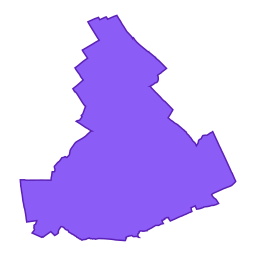 Oltenesti, Vaslui, Romania (Robinson projection)
{"feature_id": "2599482B69847622233243", "entity_name": "Oltenesti", "entity_type": "district", "adm_level": 2, "iso_a3": "ROU", "parent_name": "Romania", "parent_adm1": "Vaslui", "projection": "robinson", "projection_center": [27.897, 46.604], "detail": "fine", "context": "isolated", "style": "filled", "palette": "violet", "viewbox_px": 256, "rotation_deg": 0, "n_neighbors": 0, "source": "geoboundaries", "source_scale": "gbopen_adm2", "svg_char_len": 5704}
<svg xmlns="http://www.w3.org/2000/svg" viewBox="0 0 256 256"><path d="M212.7,131.6L211.6,132.4L210.7,132.9L210.4,132.9L207.4,135.0L206.9,135.2L206.5,135.2L205.0,135.2L204.2,135.4L203.4,135.4L202.8,135.6L202.4,136.2L201.2,138.5L200.9,138.9L199.8,139.3L199.2,139.8L198.7,140.3L198.4,141.2L198.3,142.3L198.0,143.3L196.4,145.8L195.2,143.2L194.5,142.6L193.7,141.7L192.7,140.9L192.1,139.8L191.1,138.4L190.6,137.6L189.7,136.8L189.0,135.7L188.4,135.0L187.0,133.8L186.1,132.0L185.8,131.7L185.0,131.1L184.7,131.0L184.5,130.9L184.4,130.6L184.1,130.2L182.9,129.3L177.5,124.6L174.6,123.0L172.5,121.2L171.1,120.4L168.1,117.8L170.3,114.3L172.9,109.8L172.9,109.7L172.3,109.1L165.1,101.6L163.6,100.6L162.0,99.0L161.1,97.9L159.7,96.3L159.0,95.7L157.7,94.3L155.3,92.0L152.2,88.7L151.0,87.4L150.5,86.4L150.3,86.2L150.2,86.2L152.3,85.0L154.0,83.9L154.5,83.3L155.1,83.0L156.9,82.4L157.1,81.9L157.6,81.5L157.9,80.9L158.2,79.8L158.3,79.1L158.2,77.1L158.0,76.3L157.5,75.4L157.7,75.0L158.5,74.6L159.8,73.6L160.8,73.1L161.4,72.4L166.5,68.4L159.0,60.8L155.6,58.0L155.7,57.8L155.7,57.7L155.6,57.4L155.0,57.1L154.2,56.5L148.6,51.9L148.6,51.7L148.4,51.8L148.2,51.8L147.8,51.6L140.4,45.5L138.2,43.5L136.9,42.3L135.0,40.1L134.3,39.0L133.6,38.0L133.0,37.5L132.5,37.6L132.4,37.8L132.4,38.1L131.8,37.1L131.2,36.2L126.7,31.4L124.2,27.3L123.2,25.8L121.9,23.8L121.1,22.4L120.7,21.5L118.1,17.6L117.7,16.7L117.3,16.3L116.9,15.4L114.0,16.4L107.6,19.2L106.6,17.4L106.2,16.9L104.6,17.5L99.8,19.7L99.2,18.7L98.5,17.4L94.8,18.7L87.9,21.8L88.7,23.3L91.5,28.0L97.0,36.9L99.2,40.2L95.6,42.2L93.1,43.8L82.3,50.1L83.5,52.2L87.6,58.2L85.0,60.0L82.7,61.7L76.8,66.6L75.6,67.4L75.0,67.8L75.4,68.6L76.4,70.2L79.1,73.9L79.7,74.7L80.1,75.4L80.5,76.4L81.1,77.3L83.2,80.0L76.5,85.9L72.9,88.7L74.7,91.8L75.0,91.8L75.3,91.9L76.1,92.7L77.3,94.3L81.0,100.2L81.8,101.5L83.4,103.9L83.9,104.7L84.5,105.3L85.0,106.0L85.4,106.1L85.6,106.5L84.8,108.3L84.0,110.7L83.2,112.8L82.9,113.7L82.6,114.2L82.1,114.6L81.8,115.0L81.2,115.7L81.3,115.9L82.0,116.6L81.7,117.1L81.4,117.8L80.8,118.7L80.2,119.2L80.0,119.8L79.8,120.1L79.3,120.3L78.1,120.5L77.1,120.7L76.2,121.3L79.8,123.5L85.5,127.4L88.5,129.0L88.8,129.4L90.1,130.1L90.9,130.8L91.7,131.1L90.7,131.3L89.6,132.4L87.2,134.5L86.4,135.4L85.3,136.4L82.3,138.4L76.6,141.7L75.7,142.4L74.7,143.5L74.4,143.9L73.4,145.5L72.9,146.1L71.4,148.2L70.2,150.2L69.6,153.6L69.4,154.7L69.1,155.2L66.8,157.5L66.6,157.5L65.4,156.7L65.1,156.6L64.7,156.8L63.8,157.3L61.8,157.8L61.6,158.0L60.9,159.2L59.5,161.1L57.6,162.6L55.5,165.1L54.7,165.9L54.3,166.5L54.5,168.0L54.8,168.6L55.0,169.7L54.9,170.4L54.7,171.1L54.5,171.7L54.1,171.8L52.2,171.7L52.1,171.8L51.8,175.0L51.2,177.9L51.0,180.2L42.0,180.1L27.2,180.2L25.3,180.1L24.7,179.8L20.3,179.8L20.5,182.9L20.7,183.6L20.7,185.7L21.2,188.2L21.5,190.9L22.2,194.8L22.9,200.6L23.5,203.5L24.2,207.6L24.6,208.6L24.8,209.4L25.9,215.9L26.3,219.5L26.6,220.9L26.7,222.0L36.8,220.6L36.8,220.8L36.7,221.1L35.8,223.5L35.7,223.8L35.5,224.3L35.2,224.5L34.8,224.6L34.3,224.9L34.0,225.4L34.0,225.9L34.2,226.4L34.1,226.6L33.9,227.1L34.0,228.4L34.3,228.9L34.5,229.4L34.4,229.8L34.2,230.3L33.3,231.4L32.1,233.0L41.7,237.3L42.3,236.7L43.0,237.2L45.1,235.6L50.8,231.6L54.7,235.5L56.1,234.7L57.2,234.0L58.4,232.9L58.4,232.6L58.2,232.3L58.1,232.0L58.3,231.7L58.7,230.2L59.0,229.5L61.0,226.6L61.9,226.7L62.7,226.9L63.2,227.2L63.3,227.2L63.5,227.4L63.8,227.5L64.1,227.7L64.3,228.2L64.7,228.6L65.4,229.3L66.3,229.8L66.7,230.0L67.3,230.0L67.6,230.1L68.0,230.4L68.6,231.6L68.7,231.9L69.1,232.3L70.2,232.8L70.5,233.1L71.0,233.3L71.5,233.8L72.2,234.1L72.6,234.2L73.3,234.7L74.0,234.9L74.4,235.5L74.6,235.6L76.5,236.6L76.8,237.2L77.0,237.3L77.9,237.8L78.1,237.8L78.7,238.2L79.5,238.9L80.2,238.9L80.4,239.0L80.9,239.4L81.8,240.1L82.1,240.1L82.9,239.7L85.5,239.4L86.0,239.3L86.4,239.1L86.9,238.7L88.7,238.2L89.4,237.9L90.1,238.6L90.5,238.7L91.0,238.6L91.5,238.6L92.3,238.9L92.7,239.0L93.5,238.7L94.5,238.7L95.3,239.2L95.5,239.2L96.1,239.0L97.7,238.7L98.3,238.5L104.4,238.7L110.7,239.2L114.9,239.7L115.1,239.9L115.5,239.9L125.0,240.6L125.4,240.5L125.5,240.0L126.0,238.6L125.9,237.8L126.2,237.8L126.1,237.5L126.5,237.0L127.3,236.6L129.3,236.0L131.8,235.5L133.1,236.5L133.4,236.6L134.7,236.6L135.5,236.5L136.4,236.4L137.2,236.7L137.6,236.7L138.7,237.4L138.9,237.4L139.0,237.4L138.5,237.0L138.2,236.7L138.2,236.3L137.9,235.9L137.8,235.5L137.8,235.0L137.9,234.4L137.9,234.1L138.3,233.7L138.3,233.4L139.1,232.8L139.2,232.4L139.2,231.5L140.4,231.0L140.8,230.9L141.8,231.0L142.6,231.2L144.6,231.1L146.1,230.7L147.1,230.7L147.3,230.1L148.9,229.3L149.2,229.1L151.6,227.9L155.7,225.4L156.4,225.4L158.7,225.4L159.7,224.8L161.4,224.0L163.3,223.6L163.0,223.1L162.4,221.8L162.0,220.4L162.7,220.3L164.7,219.2L164.4,218.8L165.3,218.2L166.3,217.9L166.9,217.5L167.3,217.8L168.3,217.5L168.6,217.9L168.9,219.0L170.3,221.0L173.0,219.8L173.9,219.4L175.1,218.9L175.9,218.5L180.0,216.6L182.0,215.9L184.5,214.7L185.5,214.4L189.6,212.4L190.4,212.2L191.9,211.5L191.2,209.1L191.2,208.7L191.0,207.7L195.1,205.9L195.1,206.5L195.3,206.7L195.5,206.8L195.7,207.2L196.2,208.1L196.6,209.2L199.6,208.7L200.8,208.3L201.7,208.0L202.4,207.8L203.3,207.4L204.0,207.0L204.3,206.9L205.6,206.7L206.3,206.6L206.6,206.7L207.7,206.5L209.3,206.2L211.4,205.5L213.2,205.4L213.8,205.3L214.9,204.9L215.9,204.7L217.1,204.1L218.6,203.5L217.6,201.8L215.9,199.3L215.2,198.8L214.3,198.2L213.0,196.9L212.2,195.8L211.7,194.8L211.6,194.5L211.9,194.3L213.3,193.3L222.9,189.0L223.1,188.8L225.7,187.9L227.5,187.1L228.9,186.7L231.6,185.5L233.9,183.4L234.5,182.7L234.9,182.4L235.6,181.5L235.7,181.3L234.3,178.3L232.1,173.1L231.3,172.0L231.0,171.1L229.0,166.7L225.3,158.6L223.0,153.6L221.7,151.0L220.5,148.3L219.3,146.0L217.9,142.8L212.7,131.6Z" fill="#8b5cf6" stroke="#5b21b6" stroke-width="1.5"/></svg>